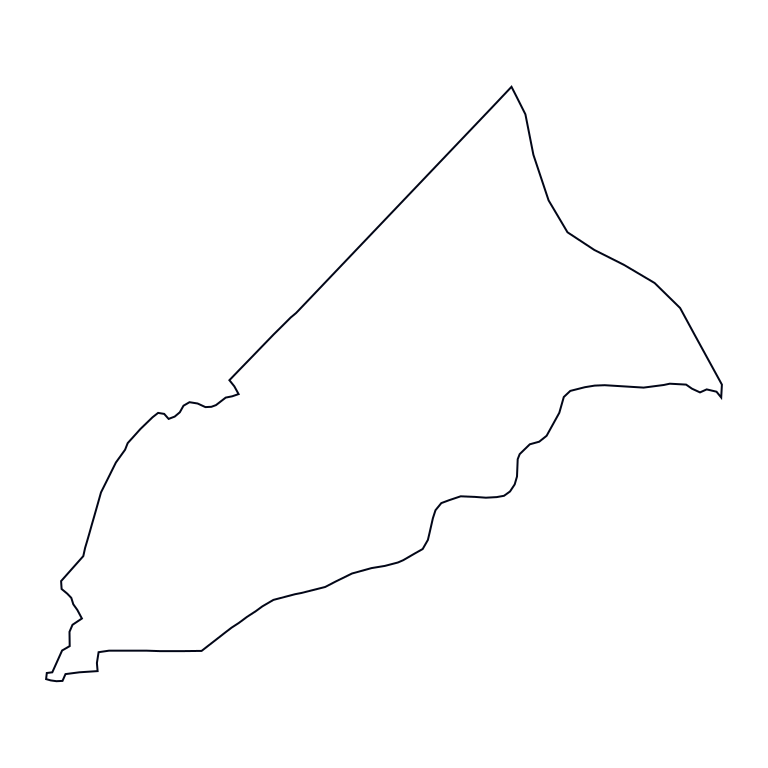 the district of Semienawi Mibrak, Maekel, Eritrea
{"feature_id": "51966322B97443185109629", "entity_name": "Semienawi Mibrak", "entity_type": "district", "adm_level": 2, "iso_a3": "ERI", "parent_name": "Eritrea", "parent_adm1": "Maekel", "projection": "robinson", "projection_center": [38.952, 15.353], "detail": "fine", "context": "isolated", "style": "outline", "palette": "ink", "viewbox_px": 768, "rotation_deg": 0, "n_neighbors": 0, "source": "geoboundaries", "source_scale": "gbopen_adm2", "svg_char_len": 1704}
<svg xmlns="http://www.w3.org/2000/svg" viewBox="0 0 768 768"><path d="M721.2,397.5L721.9,384.6L694.3,334.2L680.1,308.0L654.6,283.0L624.0,264.9L594.4,250.0L567.5,232.3L548.6,200.4L533.4,154.8L525.4,114.3L516.2,96.0L511.5,86.8L492.6,106.8L296.1,313.0L290.7,317.5L283.3,324.9L273.7,334.4L261.6,346.9L250.3,358.6L239.7,369.5L229.4,380.2L234.3,386.3L238.6,394.1L232.2,396.3L225.7,397.6L216.0,405.1L211.4,406.8L205.4,407.1L197.6,403.5L189.5,402.2L183.5,405.7L179.8,412.3L174.7,416.6L168.6,418.9L164.2,413.9L158.1,412.9L152.5,417.3L140.3,429.1L134.4,435.7L127.7,443.1L125.1,449.7L115.9,462.5L108.5,477.4L101.0,492.4L97.9,503.4L94.0,517.1L92.0,524.0L89.5,532.9L87.1,541.2L85.1,547.9L83.3,556.1L61.1,581.1L61.6,589.0L67.3,593.7L71.3,597.9L73.3,604.3L77.3,609.9L81.9,618.5L72.5,624.8L69.5,631.8L69.7,646.1L62.1,650.5L52.3,672.3L46.8,673.0L46.1,679.1L50.7,680.4L56.5,681.2L62.5,680.9L65.5,674.1L79.4,672.3L97.6,671.1L96.9,663.0L98.6,652.2L108.8,650.7L118.7,650.7L135.2,650.7L147.5,650.7L159.2,651.1L170.9,651.1L184.9,651.1L201.6,650.9L225.5,632.3L231.5,627.7L238.6,623.1L247.1,616.8L255.9,611.1L262.3,606.4L273.4,599.9L295.1,594.2L301.3,593.0L325.1,587.0L336.1,581.3L352.0,573.5L371.5,568.1L384.9,565.9L397.9,562.5L403.2,560.2L414.4,553.7L422.7,549.0L427.9,539.9L429.6,532.7L432.9,518.2L435.5,510.2L441.3,503.1L449.1,500.2L460.7,496.3L474.9,496.9L485.9,497.7L496.7,497.1L504.0,495.8L510.0,491.5L514.7,484.4L517.0,476.5L517.7,459.2L519.7,454.1L529.8,444.3L539.2,441.7L546.6,435.8L559.3,412.8L563.8,397.0L570.3,390.9L584.9,387.2L594.7,385.6L604.7,385.2L643.6,387.6L663.7,385.0L669.8,383.7L686.1,384.6L692.0,388.7L700.0,392.4L706.7,389.4L716.5,391.7L721.2,397.5Z" fill="none" stroke="#020617" stroke-width="2"/></svg>